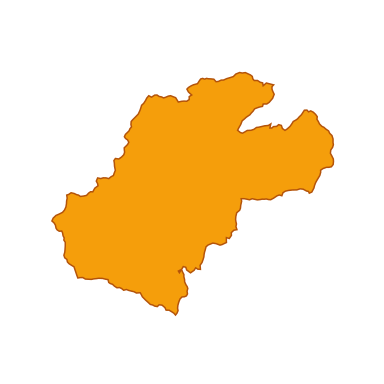 Juquiá, São Paulo, Brazil, rotated 33°
{"feature_id": "56859067B43300961500211", "entity_name": "Juquiá", "entity_type": "district", "adm_level": 2, "iso_a3": "BRA", "parent_name": "Brazil", "parent_adm1": "São Paulo", "projection": "robinson", "projection_center": [-47.643, -24.216], "detail": "fine", "context": "isolated", "style": "filled", "palette": "amber", "viewbox_px": 384, "rotation_deg": 33, "n_neighbors": 0, "source": "geoboundaries", "source_scale": "gbopen_adm2", "svg_char_len": 4495}
<svg xmlns="http://www.w3.org/2000/svg" viewBox="0 0 384 384"><g transform="rotate(33 192 192)"><path d="M245.2,304.2L245.4,301.7L244.9,299.1L243.2,297.3L241.9,294.8L240.8,291.3L240.2,288.2L240.8,285.4L242.7,284.0L243.9,282.2L243.7,279.9L241.9,277.9L241.0,275.2L239.5,274.0L237.5,273.1L234.8,271.4L233.3,269.3L231.4,267.6L230.1,265.6L227.8,264.3L225.4,262.6L225.3,259.3L227.8,258.5L230.0,260.3L234.8,260.6L236.4,256.5L236.4,253.6L238.8,253.6L241.2,252.3L240.0,250.7L238.7,249.1L238.8,245.7L238.0,242.4L237.3,240.0L236.2,237.9L235.3,235.7L234.7,233.6L233.6,230.3L234.4,227.6L237.3,223.5L240.3,222.2L244.4,221.3L245.8,219.8L247.0,217.8L248.4,215.6L247.1,213.8L245.7,211.5L248.6,210.7L248.7,206.9L247.1,204.7L247.9,201.3L250.2,199.1L247.7,197.1L246.7,194.6L245.0,193.0L243.6,191.4L242.1,188.7L240.8,185.0L241.9,181.4L241.5,179.3L240.1,176.6L238.7,172.8L236.9,170.8L239.4,169.2L241.8,168.2L244.5,167.2L246.1,164.9L248.2,164.1L251.1,163.0L253.3,161.2L254.7,159.8L256.4,158.8L258.1,157.4L260.4,156.6L262.2,155.6L263.8,152.7L265.4,148.9L266.8,147.0L269.4,146.2L268.7,143.1L269.8,140.5L271.9,138.3L274.9,135.8L278.8,133.1L280.9,130.5L283.7,129.1L287.6,128.8L289.4,128.1L291.0,129.1L292.5,126.8L292.1,122.3L291.2,119.7L290.6,116.9L290.4,114.3L290.3,111.6L290.2,108.6L289.2,105.4L288.0,103.7L289.1,101.0L291.3,98.1L293.4,96.7L295.2,94.9L295.4,92.0L294.0,89.3L292.5,87.3L289.3,85.4L287.0,84.2L285.5,81.2L285.6,78.0L284.8,75.3L283.4,73.8L281.4,70.7L278.6,68.4L275.5,67.8L273.3,66.4L269.9,66.3L267.4,65.9L265.1,66.2L261.9,65.5L259.6,64.1L257.2,63.0L256.0,60.6L253.4,59.6L250.3,59.0L247.4,59.3L246.1,61.3L243.8,60.7L241.7,62.2L241.7,67.6L241.0,70.7L240.7,73.1L239.9,75.1L238.5,77.7L238.6,80.1L238.5,83.6L237.4,87.5L236.4,89.7L233.2,89.5L230.7,87.5L228.0,88.3L227.2,90.9L224.7,92.8L224.1,94.9L222.4,95.9L221.0,92.0L219.8,94.6L216.8,97.0L215.0,98.9L212.8,101.2L210.9,102.8L209.8,105.7L207.9,108.1L204.8,110.3L203.5,113.0L202.3,115.2L200.2,115.8L196.6,115.4L196.3,112.8L196.1,108.9L195.3,105.0L196.2,102.1L196.8,99.7L198.5,95.7L198.7,93.5L199.2,90.9L199.2,88.2L200.5,86.3L202.3,84.0L204.5,81.8L203.8,79.4L206.8,77.4L207.9,74.8L208.6,69.6L207.7,65.3L204.8,63.5L203.0,62.1L201.7,60.0L202.1,57.7L198.9,58.8L195.0,60.1L193.8,64.1L191.8,62.0L189.4,62.8L186.2,62.8L183.5,64.6L181.4,64.0L179.6,62.2L177.3,62.0L171.7,62.8L169.3,64.9L166.9,65.8L164.5,69.2L163.8,72.7L161.5,75.5L159.3,78.1L157.5,80.9L155.5,82.3L153.9,84.9L152.1,86.4L148.9,85.5L146.3,86.8L144.1,88.1L142.3,88.8L141.1,90.5L139.1,90.9L137.7,92.5L137.6,94.9L137.6,98.2L134.8,101.3L133.3,103.7L132.1,106.3L131.7,108.5L134.4,110.0L136.3,110.4L138.9,110.8L137.7,113.5L139.3,116.0L138.1,118.8L135.8,120.1L133.9,121.6L131.5,124.0L126.9,121.8L124.1,122.4L121.6,122.9L119.9,124.5L118.3,126.9L116.9,128.6L114.8,128.8L112.3,129.8L109.9,129.7L108.0,131.0L106.4,134.5L103.3,134.8L102.9,137.9L103.2,140.5L103.2,144.0L102.5,146.7L103.1,148.7L103.9,151.7L104.5,155.9L103.8,159.5L102.9,163.8L102.6,166.0L104.0,168.6L105.8,170.4L105.5,172.8L105.9,174.8L105.5,176.9L104.8,179.9L105.2,182.5L107.1,183.3L109.6,183.4L111.9,184.7L112.1,187.3L111.6,189.7L111.1,191.9L112.5,193.8L113.8,195.3L114.5,197.9L113.9,201.0L112.6,204.2L109.5,205.6L109.4,208.2L111.0,209.9L113.0,212.6L115.9,215.6L116.5,218.6L117.1,221.0L115.8,223.3L114.9,226.1L112.2,227.0L109.8,228.5L108.2,230.4L105.2,231.6L105.8,235.0L108.3,236.4L109.8,238.0L108.4,241.7L108.7,245.9L106.8,247.0L105.9,249.2L105.4,252.3L103.0,254.7L100.8,256.5L98.5,256.4L96.6,257.1L94.1,257.4L91.0,258.5L89.9,261.2L88.6,262.8L90.7,265.2L91.7,267.8L93.1,270.2L94.4,273.2L94.9,276.6L94.5,279.6L92.7,282.7L90.7,285.7L89.8,289.5L90.3,292.6L93.0,293.0L95.4,294.1L97.7,296.4L99.5,297.2L102.0,297.2L104.0,295.7L105.6,296.7L107.8,299.0L109.8,300.1L110.7,302.1L113.1,303.2L115.1,306.3L116.8,309.3L118.1,311.8L119.0,314.8L121.1,316.5L123.8,316.7L125.6,318.5L127.8,319.1L130.2,319.1L133.8,319.0L136.4,321.1L138.7,322.9L140.8,324.6L143.1,326.3L144.8,324.7L147.1,323.2L150.0,323.1L152.4,321.7L155.2,320.1L157.0,318.3L158.9,316.8L160.7,315.2L164.0,313.2L167.0,312.2L169.3,311.2L171.4,313.2L173.3,313.3L175.6,312.7L178.2,313.2L181.2,313.2L183.3,311.6L185.5,311.3L188.2,311.6L190.1,309.5L192.5,309.0L195.2,308.1L197.7,307.2L200.4,307.0L203.4,304.7L205.4,305.7L207.4,306.9L211.8,307.9L215.0,308.4L218.3,309.0L220.4,308.2L222.9,308.0L225.3,307.0L225.9,304.5L228.5,303.2L232.3,303.7L234.6,305.2L237.2,303.6L240.2,303.5L242.7,303.5L245.2,304.2ZM225.4,262.6L225.4,266.6L223.6,265.7L225.4,262.6Z" fill="#f59e0b" stroke="#b45309" stroke-width="1.5"/></g></svg>